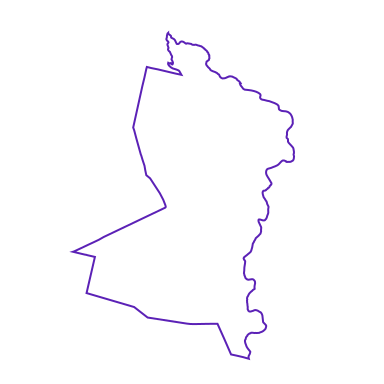 Dagana, Saint-Louis, Senegal (Natural Earth projection), rotated 103°
{"feature_id": "50182788B94177495754038", "entity_name": "Dagana", "entity_type": "district", "adm_level": 2, "iso_a3": "SEN", "parent_name": "Senegal", "parent_adm1": "Saint-Louis", "projection": "natural_earth1", "projection_center": [-16.074, 16.26], "detail": "fine", "context": "isolated", "style": "outline", "palette": "violet", "viewbox_px": 384, "rotation_deg": 103, "n_neighbors": 0, "source": "geoboundaries", "source_scale": "gbopen_adm2", "svg_char_len": 5889}
<svg xmlns="http://www.w3.org/2000/svg" viewBox="0 0 384 384"><g transform="rotate(103 192 192)"><path d="M341.7,99.1L340.6,99.7L339.1,99.9L336.9,99.3L335.3,99.2L334.5,99.3L334.2,99.6L331.9,102.5L330.4,104.0L327.0,106.2L325.3,106.9L324.5,107.0L323.2,106.6L322.4,106.7L321.4,106.6L320.8,106.4L319.8,105.8L319.2,105.8L318.0,105.1L317.1,104.3L316.8,104.0L316.5,103.2L315.9,102.8L315.6,101.9L315.3,99.1L315.0,98.4L314.9,97.4L314.2,95.1L314.1,94.8L313.7,94.4L312.5,92.5L311.4,91.3L310.0,90.3L309.0,89.7L307.8,89.5L306.2,89.5L305.3,89.8L305.1,90.1L304.4,91.0L303.0,93.2L302.6,93.5L296.6,95.6L295.6,96.2L294.7,96.9L293.8,98.0L293.7,98.5L293.6,99.1L292.9,101.0L292.7,102.4L292.8,103.9L293.4,105.0L293.8,105.4L295.3,108.0L295.5,108.8L295.5,109.4L295.0,110.4L293.9,111.2L293.7,111.4L291.2,111.9L290.7,112.2L288.2,113.0L286.9,113.6L286.1,113.7L285.5,114.0L284.2,114.0L283.8,114.3L282.9,114.5L281.6,114.4L281.0,114.1L279.0,113.7L277.7,113.2L275.5,111.8L274.9,111.2L274.6,111.1L273.5,110.4L272.6,109.4L272.4,109.2L271.8,109.3L271.1,109.6L269.6,109.9L266.6,110.0L264.9,110.6L264.1,111.5L263.5,112.4L263.4,113.0L263.4,113.7L263.6,114.3L264.8,117.3L264.8,118.4L264.6,119.1L264.3,119.4L264.2,119.9L263.7,120.6L262.0,121.6L261.7,122.0L259.9,122.8L259.5,123.1L256.9,123.4L253.7,124.0L249.4,124.3L247.5,124.6L246.6,125.4L246.2,126.1L245.0,126.8L244.2,126.7L244.0,126.4L243.5,126.3L240.7,124.0L240.2,123.7L239.1,122.8L237.3,121.5L235.9,121.1L232.3,120.9L228.5,121.1L227.1,120.5L226.4,120.5L224.1,119.7L222.7,119.5L219.6,117.3L217.9,116.4L217.4,116.0L216.9,115.9L214.8,115.8L213.5,116.2L211.3,116.5L210.6,116.8L206.0,120.4L204.5,120.9L203.9,120.8L203.7,120.6L203.5,119.5L203.7,116.5L203.4,115.2L203.1,114.7L202.7,114.4L202.1,114.2L201.4,113.7L199.8,113.4L197.8,113.3L196.9,113.1L195.1,113.0L191.6,113.9L189.8,114.0L189.0,114.2L186.8,116.0L185.2,116.8L184.3,117.4L183.9,118.0L182.3,119.5L181.0,121.0L178.5,122.4L177.3,122.9L176.6,123.1L176.2,123.0L175.7,123.1L174.8,122.7L174.5,122.2L174.3,121.3L173.6,120.4L173.3,120.4L172.0,119.3L171.9,119.1L170.8,118.7L170.6,118.2L170.1,117.9L169.3,117.6L168.7,117.6L167.9,117.0L167.3,116.9L167.0,116.5L166.3,116.4L165.5,116.6L162.5,119.4L159.9,122.0L158.4,123.3L157.3,123.9L156.0,124.3L154.7,124.4L153.6,124.2L152.8,123.8L152.2,123.1L150.7,120.3L149.4,118.5L148.3,116.8L146.8,114.9L145.8,114.0L144.7,113.3L142.6,112.1L141.6,111.4L141.1,110.9L140.8,110.4L140.7,109.8L140.6,109.2L140.9,107.3L141.1,106.9L141.2,107.2L141.2,107.5L141.4,106.9L141.4,106.4L141.3,105.9L141.1,105.5L140.7,103.6L140.3,102.6L138.7,100.8L138.0,100.5L136.8,100.3L135.1,100.5L134.3,100.6L132.8,101.4L132.2,101.5L131.2,101.4L129.6,101.8L126.8,103.0L126.2,103.4L125.7,104.0L124.3,105.9L123.4,107.3L122.2,109.0L121.3,109.8L120.4,110.0L119.3,110.3L118.8,110.5L118.0,111.9L117.6,112.1L116.8,112.3L114.8,112.3L113.4,112.7L112.3,112.9L110.5,112.7L109.4,112.2L106.7,110.5L106.4,110.2L102.8,109.2L102.2,109.3L100.5,109.8L98.9,110.1L96.7,111.2L95.4,112.1L94.2,113.2L93.5,114.1L92.6,116.0L92.4,116.9L92.3,118.7L92.7,121.6L92.8,122.9L92.6,124.0L92.4,124.7L92.2,125.3L91.7,125.9L91.2,126.1L90.3,126.4L88.7,127.0L88.3,127.5L87.7,128.3L87.3,129.5L86.8,131.6L86.1,137.2L86.2,139.3L86.1,142.2L86.2,144.2L86.1,145.2L85.8,145.8L85.3,146.5L84.6,146.9L84.0,147.0L82.6,146.9L82.0,147.1L81.4,147.5L81.0,148.2L80.4,149.7L79.9,151.9L79.7,154.3L79.7,157.1L80.0,160.4L80.3,162.8L80.4,163.6L80.1,164.8L79.7,165.6L79.1,166.2L78.7,166.7L78.2,167.3L77.2,168.6L75.8,169.6L75.6,169.3L75.5,169.0L75.3,168.9L75.0,169.5L74.6,169.6L74.3,170.2L73.8,170.5L73.5,171.1L72.9,172.5L72.6,173.2L71.9,173.8L71.6,174.2L71.4,175.0L71.1,176.0L70.8,177.7L70.6,178.2L70.5,178.6L70.6,180.2L70.8,181.3L71.1,182.0L71.4,182.1L71.8,183.0L72.4,183.6L72.6,184.1L73.0,184.4L73.8,185.7L74.5,187.9L74.2,189.2L73.8,190.1L73.5,190.3L73.3,190.7L71.5,192.1L71.2,193.2L70.9,193.6L70.7,194.1L70.4,194.5L70.2,195.6L70.0,195.9L69.6,199.1L69.2,200.8L68.8,201.6L67.8,202.5L66.7,204.5L66.1,205.1L65.4,206.2L64.1,207.1L62.7,207.1L61.6,207.1L61.2,206.7L60.8,206.3L60.5,206.2L60.1,205.7L59.4,205.2L58.4,205.3L58.0,205.1L57.6,205.2L56.1,205.6L55.7,205.9L55.2,206.0L54.9,205.9L54.3,206.4L53.9,207.0L53.1,207.3L52.7,207.6L51.9,208.6L51.9,208.8L51.5,209.0L50.9,209.8L50.5,210.9L50.1,211.2L49.5,212.6L49.2,212.8L48.9,213.3L48.8,213.9L48.1,215.3L47.9,216.1L48.0,216.6L47.8,218.1L47.9,218.9L47.8,219.4L47.6,221.2L47.7,221.9L48.1,222.8L48.2,223.3L48.4,224.5L48.3,225.2L47.9,226.1L48.1,229.8L48.3,230.3L48.4,230.6L48.6,230.7L48.8,231.1L48.7,231.6L47.7,234.0L47.6,234.5L47.6,235.8L48.0,236.6L48.3,237.0L49.0,237.5L49.4,237.6L50.2,238.0L50.5,238.3L50.9,238.8L51.0,239.2L51.1,239.8L51.1,240.2L50.6,240.6L50.4,240.8L50.0,241.1L48.9,242.0L48.1,242.6L47.8,242.9L47.1,243.9L46.6,245.6L46.5,246.2L46.3,246.9L46.1,247.1L44.8,247.5L44.1,248.5L43.9,249.3L43.0,250.7L42.7,250.9L42.3,251.0L43.1,251.5L45.3,251.6L46.8,251.3L48.8,251.4L49.8,250.7L50.3,250.0L50.8,249.1L51.5,248.6L52.1,248.7L52.9,249.1L53.9,249.1L54.5,248.8L55.2,248.3L56.4,247.6L56.9,247.3L58.0,247.5L58.6,247.4L59.3,246.9L60.0,246.0L60.3,245.2L63.1,243.1L64.1,242.1L65.0,241.7L65.7,241.8L67.4,241.8L68.8,240.6L70.1,239.7L71.3,239.5L72.1,239.8L72.1,240.7L71.4,241.1L71.1,241.6L71.8,242.7L71.4,244.2L72.2,244.2L72.8,244.0L73.9,243.0L74.4,242.1L75.2,240.8L75.9,238.7L76.2,234.6L76.6,232.4L77.1,231.5L80.2,228.7L80.3,234.7L80.2,252.7L80.4,259.6L80.3,264.1L82.3,264.2L91.4,264.1L99.7,264.2L142.4,263.8L144.9,262.2L152.3,258.3L167.0,250.3L167.8,249.7L172.0,247.3L177.1,244.2L181.4,242.4L185.9,240.3L188.1,235.9L200.4,223.1L206.0,218.3L210.8,215.0L212.2,214.3L212.8,214.3L213.3,214.6L255.7,267.9L259.4,271.9L262.9,276.3L267.1,281.7L271.7,287.5L276.4,293.5L277.0,294.5L277.1,285.2L277.1,282.3L277.0,280.9L277.1,279.7L277.1,272.0L314.2,272.0L317.1,222.5L324.3,207.0L321.4,167.5L321.0,164.0L320.2,160.1L316.8,146.5L314.7,137.5L327.9,127.5L341.5,117.4L341.4,111.6L341.4,105.1L341.7,99.1Z" fill="none" stroke="#5b21b6" stroke-width="2"/></g></svg>